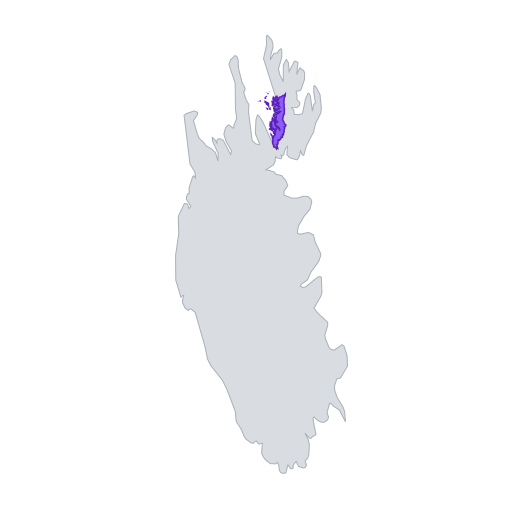 location of Reykhólahreppur, Vestfirðir, Iceland, rotated 85°
{"feature_id": "244011B19971250001035", "entity_name": "Reykhólahreppur", "entity_type": "district", "adm_level": 2, "iso_a3": "ISL", "parent_name": "Iceland", "parent_adm1": "Vestfirðir", "projection": "robinson", "projection_center": [-22.458, 65.5], "detail": "fine", "context": "in_parent", "style": "filled", "palette": "violet", "viewbox_px": 512, "rotation_deg": 85, "n_neighbors": 0, "source": "geoboundaries", "source_scale": "gbopen_adm2", "svg_char_len": 9546}
<svg xmlns="http://www.w3.org/2000/svg" viewBox="0 0 512 512"><g transform="rotate(85 256 256)"><path d="M392.0,189.1L396.5,189.3L403.9,187.5L414.3,182.4L418.7,181.3L429.0,181.3L416.8,186.3L412.5,191.7L409.2,194.4L409.3,195.6L418.3,198.9L422.5,197.8L424.4,198.3L426.2,199.8L427.6,202.9L427.0,206.2L424.7,209.4L421.4,212.1L421.9,213.0L424.7,213.4L439.2,211.8L441.1,215.8L442.5,217.1L442.2,218.4L436.7,222.7L443.3,220.0L448.7,219.3L458.0,220.6L461.9,222.1L464.3,224.9L468.9,224.0L471.1,225.6L471.3,227.2L469.5,231.8L464.2,234.0L467.7,237.3L470.5,237.4L471.1,238.1L470.9,240.1L466.8,242.4L474.0,244.9L475.0,245.9L474.7,248.8L473.7,250.4L471.6,251.4L466.6,251.6L463.6,252.6L464.8,254.5L464.1,259.7L460.4,263.9L456.8,266.2L453.2,267.6L443.1,266.0L443.7,269.6L440.2,271.9L441.0,273.7L442.3,274.7L441.8,277.1L437.5,282.1L434.3,283.7L427.9,285.6L418.8,290.2L409.3,290.1L386.3,296.6L377.2,300.1L361.2,310.6L354.3,313.3L342.4,314.6L306.8,321.5L302.9,325.7L302.7,326.5L304.4,328.1L301.8,331.1L296.4,333.2L293.8,333.2L289.3,331.4L288.8,332.2L290.6,334.4L273.1,338.0L248.7,336.1L227.0,331.0L209.9,330.0L197.7,322.9L197.4,321.8L198.6,319.6L203.0,318.7L200.9,316.6L193.6,320.3L191.3,320.2L188.2,318.7L188.0,317.2L181.9,316.6L171.4,312.1L170.6,311.1L173.1,309.6L172.6,309.3L166.9,309.6L158.7,313.7L109.8,315.4L108.1,313.2L106.1,305.0L107.8,301.6L109.9,301.9L115.6,306.5L128.7,304.0L134.0,302.2L138.9,297.8L141.7,296.4L145.6,290.8L149.6,287.3L157.9,285.7L150.5,284.7L138.2,289.2L134.1,289.2L136.0,287.2L140.2,285.0L137.3,284.8L136.2,283.8L136.0,281.7L138.2,278.4L152.7,272.4L149.3,271.2L139.2,275.8L131.9,277.4L125.9,275.3L123.1,272.5L123.2,271.3L126.7,267.7L126.2,267.0L123.8,266.6L117.3,263.3L107.1,263.6L81.9,261.7L62.8,266.3L58.3,264.2L54.6,259.6L55.3,257.8L58.7,256.8L68.0,257.0L81.7,254.8L87.9,252.2L90.4,252.8L91.5,254.1L99.9,252.1L104.4,249.9L112.0,250.9L140.4,249.8L144.1,246.8L145.5,243.3L144.9,242.6L134.5,245.8L132.1,245.8L120.0,244.1L115.6,242.2L117.1,240.6L123.5,237.3L139.7,231.7L142.0,230.6L142.2,229.3L135.8,226.9L123.5,227.6L120.4,224.7L110.3,223.1L103.5,224.1L99.9,222.4L60.0,231.3L47.1,227.2L37.8,226.5L37.0,225.3L42.5,221.4L46.2,220.7L49.9,221.0L56.9,223.7L61.8,224.6L55.7,220.6L55.5,216.8L53.6,215.8L51.7,213.2L52.5,212.4L59.8,212.9L71.5,217.3L77.2,216.6L84.7,213.7L68.0,212.1L62.9,208.6L66.6,206.8L75.2,207.0L65.6,201.0L65.2,200.0L66.9,197.3L78.9,199.6L72.6,196.1L72.4,195.3L74.2,194.6L75.2,192.4L78.2,191.6L84.3,192.3L93.7,196.4L95.0,197.6L95.4,201.8L99.1,201.1L103.5,201.7L107.1,198.9L109.7,199.5L111.7,202.1L111.4,207.7L114.0,205.7L118.3,205.6L119.0,201.0L118.2,197.3L103.9,193.0L98.3,189.9L98.9,188.9L101.7,187.9L116.6,187.2L110.2,185.4L108.6,183.5L97.3,184.2L91.6,183.5L91.5,182.5L93.7,181.1L100.6,178.2L113.7,178.0L118.9,178.8L129.1,185.1L137.2,187.7L150.8,196.3L159.5,199.5L159.9,200.4L158.5,201.4L155.1,202.5L160.3,204.0L163.4,206.2L163.7,207.2L160.9,214.1L157.6,216.4L149.6,215.1L151.5,217.3L157.3,219.6L158.6,220.9L157.7,222.2L160.5,221.8L161.4,222.5L160.1,226.5L158.7,227.9L163.5,228.7L166.8,230.6L170.9,238.6L173.0,232.5L174.1,230.2L176.1,229.4L178.3,223.2L183.7,219.6L188.7,218.2L194.0,222.5L197.7,222.9L201.5,215.3L201.9,209.7L200.6,203.6L201.2,199.2L203.7,196.5L207.1,195.7L214.3,198.3L220.5,204.5L229.7,211.1L236.0,212.8L237.1,212.6L238.2,210.4L237.1,201.6L239.9,197.0L247.3,195.8L258.4,191.6L261.0,191.4L266.7,193.9L276.9,202.7L284.2,206.8L288.1,213.3L289.8,214.5L291.3,212.5L291.3,209.6L282.3,196.1L282.1,194.2L282.9,192.8L298.4,193.5L301.9,195.0L312.9,202.7L318.1,199.6L328.2,190.4L331.8,190.7L340.9,194.4L344.4,194.1L354.7,190.8L356.7,186.6L351.8,177.9L353.6,176.1L363.2,174.0L373.6,174.4L384.8,182.4L385.5,186.2L392.0,189.1Z" fill="#d9dde1" stroke="#a8b0b8" stroke-width="1"/><path d="M151.1,226.2L150.4,225.8L150.8,225.0L147.1,225.6L146.6,225.3L146.7,224.8L145.4,224.2L142.4,224.0L142.1,223.1L142.8,222.5L141.6,221.6L141.3,220.9L139.8,220.6L140.0,219.3L137.3,219.1L137.1,218.8L137.5,218.1L135.3,217.6L134.8,217.1L132.9,217.1L131.5,216.3L129.9,216.6L129.9,215.8L128.8,214.9L127.8,214.9L127.4,215.8L122.2,217.6L117.8,216.2L117.1,215.8L117.1,215.5L111.8,214.8L109.8,215.1L107.4,214.7L105.5,214.9L101.0,214.1L99.0,212.9L97.2,212.7L98.8,214.2L98.5,215.5L99.9,217.0L99.6,218.0L99.9,218.9L100.7,219.7L100.8,220.7L98.7,221.3L99.5,222.1L99.6,222.6L99.4,222.8L100.0,223.3L102.5,221.8L102.0,219.9L102.6,220.1L102.8,220.9L105.2,221.3L102.4,223.2L102.6,223.4L101.9,224.2L101.5,224.2L101.1,224.3L101.7,224.2L101.2,224.8L102.5,224.6L101.9,224.8L102.0,224.8L102.8,224.8L102.7,224.6L102.3,224.5L102.5,224.4L103.0,224.6L102.8,224.8L103.2,224.7L102.7,225.1L103.9,224.9L105.3,225.2L105.0,225.5L105.8,225.8L105.4,226.1L104.9,226.1L104.6,226.3L105.4,226.3L105.1,226.4L105.5,226.3L105.7,226.1L107.3,226.7L107.6,226.5L106.4,223.8L106.6,222.8L105.4,221.0L105.6,220.9L105.3,220.8L105.3,219.8L106.4,220.0L107.2,220.7L109.5,219.5L109.4,220.3L107.5,222.1L108.8,224.9L109.6,225.3L109.3,225.4L110.6,225.5L111.4,224.9L110.9,224.7L110.9,224.0L111.7,222.6L111.6,221.7L111.0,220.8L111.2,220.2L111.6,220.4L111.6,220.9L112.4,222.1L112.6,223.2L112.3,224.0L112.7,224.8L113.7,224.8L114.6,224.1L114.9,223.4L114.7,222.7L115.0,222.7L114.3,221.7L114.4,220.8L113.9,219.9L114.3,219.1L114.8,220.1L115.7,220.9L115.2,221.6L116.0,221.9L116.3,223.0L116.9,223.5L116.8,224.5L116.5,224.6L116.8,224.8L116.5,225.0L116.7,225.6L116.3,225.7L117.2,226.3L116.9,226.3L118.1,226.2L119.9,225.4L120.0,225.1L119.6,224.8L119.7,224.4L119.2,223.7L120.2,223.9L120.6,224.3L120.5,224.8L121.2,225.1L122.2,224.1L123.9,223.5L124.4,222.7L124.7,222.8L124.8,223.5L124.4,224.0L122.4,224.8L122.5,225.1L123.6,225.4L126.7,225.0L128.1,224.3L130.0,222.0L132.0,221.2L132.5,221.4L130.6,222.4L129.9,223.3L130.2,223.6L128.1,225.2L126.2,225.7L123.2,225.9L121.6,226.4L120.3,227.4L121.0,227.4L120.5,227.7L121.1,228.0L123.2,228.2L124.5,229.2L125.1,229.1L124.8,229.6L125.9,229.3L125.5,229.7L126.5,229.5L126.5,230.1L127.6,229.9L127.4,230.4L127.7,230.5L128.0,230.0L129.2,229.5L129.3,229.1L129.0,229.0L129.6,228.8L130.2,227.8L131.0,227.6L131.0,227.0L131.7,226.7L131.6,225.5L131.2,225.2L131.6,224.9L133.0,225.4L133.0,226.1L134.1,227.1L133.7,227.9L135.1,227.7L135.2,226.8L134.7,226.3L135.7,226.1L136.8,226.4L136.9,226.5L136.6,226.7L137.2,226.7L136.8,226.9L137.3,226.8L137.9,227.7L139.3,228.2L139.3,228.6L138.0,229.2L137.6,229.8L138.6,229.2L139.9,229.3L139.7,229.2L140.9,228.9L143.3,229.2L143.3,229.6L145.5,229.6L145.4,230.0L145.7,229.4L146.5,229.1L148.1,228.7L148.7,228.9L149.6,227.5L149.7,226.9L151.1,226.2ZM100.3,232.9L99.6,232.8L98.7,233.2L100.3,232.9ZM109.6,229.8L111.1,229.2L110.3,229.4L109.6,229.8ZM103.5,232.9L103.1,233.0L102.9,233.4L103.4,233.3L103.5,232.9ZM132.4,228.4L132.1,228.3L131.7,228.7L131.8,228.8L132.4,228.4ZM124.5,229.4L124.1,229.5L124.0,229.8L124.4,229.7L124.5,229.4ZM102.7,224.9L102.1,224.9L102.0,225.0L101.9,225.0L101.4,225.0L101.2,225.0L101.8,225.0L102.7,224.9ZM102.3,225.3L102.1,225.1L101.6,225.2L102.3,225.3ZM124.8,229.3L124.0,229.2L124.1,229.3L124.8,229.3ZM95.1,229.9L94.9,229.9L95.5,230.0L95.1,229.9ZM131.3,230.3L131.1,230.3L130.9,230.6L131.1,230.6L131.3,230.3ZM102.6,238.2L101.7,238.3L101.4,238.5L102.6,238.2ZM136.4,230.3L137.1,229.7L136.3,230.3L136.4,230.3ZM106.9,230.4L106.6,230.4L106.3,230.7L106.6,230.6L106.9,230.4ZM111.4,231.7L111.1,231.7L110.2,231.9L111.4,231.7ZM105.8,231.6L106.1,231.4L105.8,231.4L105.8,231.5L105.7,231.4L105.5,231.6L105.8,231.6ZM97.7,232.0L98.5,231.6L97.5,232.0L97.7,232.0ZM129.2,230.3L129.0,230.5L129.3,230.3L129.2,230.3ZM124.2,229.1L123.8,229.0L124.0,229.1L123.7,229.0L123.9,229.2L124.2,229.1ZM105.5,230.2L105.1,230.2L104.9,230.5L105.1,230.4L105.5,230.2ZM106.7,230.6L106.2,230.7L106.1,230.8L106.7,230.6ZM109.1,230.2L108.6,230.4L109.1,230.2ZM114.1,224.9L113.7,224.8L113.5,225.0L114.1,224.9ZM131.5,229.1L131.3,229.0L131.1,229.2L131.5,229.1ZM125.9,230.2L125.6,230.1L125.9,230.2ZM101.9,240.4L102.3,240.3L101.9,240.4L101.9,240.4ZM110.2,231.9L110.8,231.6L110.3,231.7L110.2,231.9ZM126.9,230.4L127.2,230.2L126.9,230.3L126.9,230.4ZM129.6,229.2L129.8,229.0L129.4,229.4L129.6,229.2ZM102.6,225.2L103.1,225.1L103.3,225.0L102.6,225.1L102.6,225.2ZM137.9,229.2L137.5,229.4L137.9,229.2ZM99.9,225.0L100.1,224.8L99.7,224.9L99.9,225.0ZM131.5,228.9L131.4,228.8L131.2,229.0L131.5,228.9ZM104.5,232.6L104.3,232.5L104.3,232.8L104.5,232.6ZM120.8,226.7L120.4,226.7L120.8,226.9L120.8,226.7ZM103.6,233.1L103.9,232.7L103.5,232.9L103.6,233.1ZM107.8,230.3L108.1,230.2L108.3,230.1L107.8,230.3ZM130.5,231.2L130.4,231.2L130.1,231.4L130.5,231.2ZM103.6,226.8L103.7,226.7L103.2,226.8L103.6,226.8ZM113.5,224.9L113.1,225.0L113.3,225.0L113.5,224.9ZM140.5,230.0L140.4,229.7L140.1,229.3L140.5,230.0ZM136.5,226.7L136.4,226.6L136.5,226.7ZM93.9,228.3L93.6,228.3L93.9,228.3ZM110.7,229.5L110.9,229.4L110.5,229.5L110.7,229.5ZM109.4,229.4L109.7,229.2L110.0,229.0L109.6,229.2L109.4,229.4ZM100.5,224.8L100.4,224.7L100.3,224.8L100.5,224.8ZM125.1,230.4L125.4,230.2L125.0,230.3L125.1,230.4ZM136.9,230.0L137.1,229.9L137.2,229.7L136.9,230.0ZM104.2,232.7L104.0,232.8L104.2,232.7ZM136.3,226.5L136.5,226.5L136.6,226.4L136.3,226.5ZM105.8,232.6L106.0,232.5L106.2,232.3L105.8,232.6ZM130.5,231.5L130.4,231.4L130.2,231.6L130.5,231.5ZM111.5,231.2L111.4,231.2L111.5,231.2ZM105.9,231.3L105.8,231.1L105.7,231.3L105.9,231.3ZM129.3,229.7L129.1,229.7L129.0,229.9L129.3,229.7ZM99.7,225.5L100.1,225.4L99.7,225.5ZM136.3,230.6L136.5,230.5L136.8,230.3L136.3,230.6ZM95.8,229.9L95.5,229.9L95.9,229.9L95.8,229.9ZM131.4,230.5L131.6,230.4L131.4,230.5ZM110.9,229.0L111.3,228.8L111.5,228.6L110.9,229.0ZM94.5,231.2L94.3,231.2L94.2,231.2L94.5,231.2ZM99.8,233.2L99.6,233.2L99.8,233.2Z" fill="#8b5cf6" stroke="#5b21b6" stroke-width="1.5"/></g></svg>